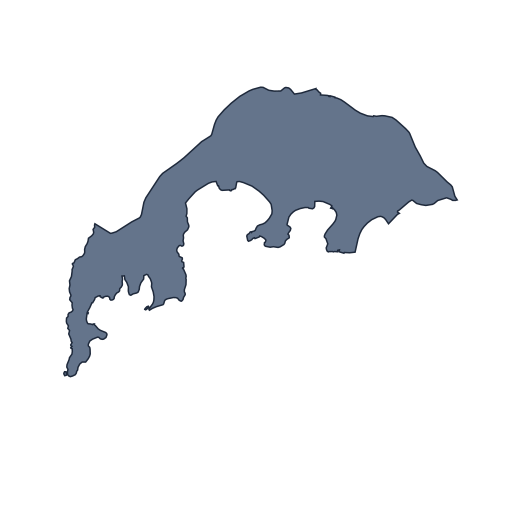 Woollahra, Australia (Natural Earth projection), rotated 200°
{"feature_id": "25037944B50824863548632", "entity_name": "Woollahra", "entity_type": "district", "adm_level": 2, "iso_a3": "AUS", "parent_name": "Australia", "parent_adm1": "", "projection": "natural_earth1", "projection_center": [151.265, -33.862], "detail": "fine", "context": "isolated", "style": "filled", "palette": "slate", "viewbox_px": 512, "rotation_deg": 200, "n_neighbors": 0, "source": "geoboundaries", "source_scale": "gbopen_adm2", "svg_char_len": 6138}
<svg xmlns="http://www.w3.org/2000/svg" viewBox="0 0 512 512"><g transform="rotate(200 256 256)"><path d="M193.4,428.0L193.6,427.1L199.2,425.8L206.9,425.9L212.6,427.0L225.5,430.9L229.7,431.9L233.8,432.1L236.1,431.8L236.2,432.3L241.0,431.9L240.9,431.1L242.0,430.9L242.1,431.5L243.9,431.3L250.5,429.4L250.9,431.0L253.2,431.7L255.4,433.0L256.6,433.1L256.9,433.9L269.1,424.7L275.3,421.3L280.5,424.4L282.7,425.1L285.6,424.6L286.7,423.7L289.2,419.5L295.2,417.2L300.7,416.1L307.0,416.9L309.4,416.2L316.0,411.5L319.0,408.7L325.8,400.5L331.5,391.2L335.8,382.6L339.2,373.9L339.9,370.0L340.0,365.4L339.2,355.1L339.6,353.4L346.2,344.9L357.3,323.6L361.9,316.2L372.0,301.7L373.6,297.8L379.4,273.1L379.7,268.2L377.8,255.8L378.1,252.8L378.7,251.8L384.4,245.6L395.6,231.0L399.2,228.2L400.5,227.5L418.4,231.2L418.3,229.8L417.4,227.8L418.2,225.3L416.6,222.7L416.5,221.8L416.5,220.8L417.4,218.6L419.5,215.4L418.9,212.4L418.9,209.9L419.6,206.4L419.3,203.6L418.3,201.1L418.1,199.9L418.7,197.2L419.5,195.8L421.5,194.6L422.8,192.5L424.5,190.7L424.7,187.3L425.8,186.3L425.9,185.7L424.6,184.6L424.0,183.6L424.2,180.4L423.6,178.9L422.4,173.6L422.8,168.9L420.9,165.1L420.4,161.5L418.9,158.5L416.5,155.9L416.3,154.7L416.6,153.5L416.1,151.2L412.7,149.2L412.1,146.9L410.7,144.2L409.6,143.1L409.6,141.7L410.4,140.2L412.2,138.6L412.6,136.8L411.9,134.9L412.8,132.9L411.9,129.8L411.0,128.2L408.4,126.2L408.1,123.6L405.7,122.2L405.3,118.7L401.5,114.6L400.5,112.7L399.2,111.8L399.7,109.1L399.3,108.5L398.0,108.2L398.7,106.4L398.2,106.0L397.0,106.0L395.9,103.3L395.4,100.8L396.5,96.7L396.2,94.9L396.4,89.2L395.8,86.9L393.9,85.1L393.6,82.8L392.4,80.0L390.7,79.2L389.2,79.1L387.3,80.5L385.2,82.7L384.8,84.6L385.1,86.2L384.6,87.8L385.2,90.4L384.7,94.1L383.1,96.9L379.8,98.1L378.5,102.1L378.1,105.1L378.3,107.3L380.1,111.8L381.0,113.3L382.6,114.0L383.1,114.8L383.4,115.9L383.1,119.2L381.2,121.9L377.1,125.6L375.9,125.8L373.9,124.9L372.0,125.1L370.7,125.8L369.1,128.1L369.1,131.0L369.8,132.1L371.1,132.7L376.7,132.9L379.3,133.5L383.2,135.7L384.5,136.1L384.6,136.9L385.8,136.4L386.2,135.6L388.0,135.6L390.6,134.9L391.4,135.3L392.9,136.9L393.9,138.7L395.1,144.2L394.1,144.4L394.2,145.2L395.2,145.0L395.3,145.6L394.5,150.8L394.2,155.9L393.5,156.2L392.8,159.9L392.9,161.9L390.8,164.2L389.5,165.2L388.9,165.3L388.6,164.5L385.9,164.0L385.2,164.5L385.4,165.0L383.8,166.5L381.7,167.5L380.4,167.4L379.2,166.7L378.6,165.4L377.4,164.9L376.2,165.4L375.1,166.5L374.8,167.6L375.2,169.3L374.9,171.6L374.2,173.6L372.8,175.2L372.3,176.6L372.9,178.7L372.0,180.7L371.7,182.7L371.9,183.8L373.1,186.4L373.5,188.7L375.1,191.3L372.9,192.3L371.1,189.0L368.5,187.1L365.4,183.5L364.0,179.4L363.1,178.0L361.8,176.4L360.2,176.3L358.5,178.4L355.4,180.5L354.4,181.8L354.3,184.7L355.0,187.4L355.0,191.5L353.7,195.9L354.7,199.2L352.6,201.3L351.2,201.3L349.9,200.0L347.7,198.6L345.4,195.9L344.6,194.6L343.7,191.3L340.3,187.1L337.9,182.9L336.9,179.7L336.6,177.5L336.8,175.4L338.3,170.4L338.3,169.1L337.6,168.6L335.4,171.4L332.3,174.3L326.8,178.4L326.4,179.4L326.6,183.0L325.7,184.5L324.3,185.7L319.5,188.7L317.0,189.5L315.2,189.5L313.0,188.1L310.9,187.9L310.4,188.3L309.7,190.1L309.9,192.4L309.3,195.4L309.9,196.8L311.0,197.7L311.8,199.8L312.0,205.1L313.6,210.0L314.3,211.0L314.7,213.1L315.5,214.5L319.4,218.6L320.8,219.3L320.9,219.8L320.0,220.3L320.0,221.3L321.8,225.2L323.6,225.3L324.2,225.9L324.1,228.0L324.8,229.1L327.8,229.3L328.4,229.8L329.1,231.3L331.7,233.0L332.6,234.5L332.7,236.8L331.7,239.5L330.7,240.1L329.0,239.9L328.1,240.7L327.8,241.5L328.0,242.8L329.7,245.3L330.3,248.3L331.4,250.5L331.6,251.9L331.1,254.0L329.3,257.2L329.1,260.5L329.7,261.9L332.1,264.6L333.6,268.4L335.3,269.5L335.5,272.3L337.1,276.8L340.4,281.7L338.6,287.0L335.1,295.5L333.6,297.9L325.6,308.0L322.6,310.6L319.0,312.4L316.0,308.9L315.3,309.2L313.6,307.0L311.8,306.1L310.3,306.1L303.4,309.1L303.2,308.6L301.9,308.6L301.4,309.2L301.4,310.1L300.1,310.8L299.1,312.1L298.7,312.0L298.4,313.1L299.3,318.4L299.2,319.4L296.9,320.4L292.9,320.7L283.6,320.3L275.3,318.0L269.5,315.7L261.6,311.4L259.4,309.7L256.3,304.1L255.5,301.0L256.4,296.0L257.5,293.0L258.9,290.2L260.8,288.2L263.1,286.6L264.9,284.7L265.4,282.3L265.5,279.8L266.3,278.8L268.1,277.5L268.2,276.6L269.1,277.0L269.7,276.5L270.1,274.8L271.4,273.1L271.5,271.6L269.2,267.9L268.1,267.3L266.4,268.7L265.5,270.0L265.0,271.4L263.7,272.6L262.9,272.0L259.5,275.0L259.3,276.1L257.3,276.1L254.4,275.5L252.3,274.5L252.0,273.8L252.0,272.6L252.1,271.9L252.6,271.5L252.1,269.4L251.4,268.7L250.3,268.4L245.7,269.1L242.8,270.7L238.2,271.6L236.5,272.8L233.7,276.3L233.3,277.6L233.5,280.3L232.5,282.5L231.1,284.2L231.1,284.9L232.1,286.8L233.5,287.5L233.3,289.1L232.5,291.7L232.7,293.8L233.8,294.8L237.2,295.7L237.6,296.2L238.4,303.8L237.5,307.3L236.0,310.3L234.5,312.4L230.7,315.7L226.6,318.3L223.5,319.4L222.6,319.0L219.0,319.7L218.0,321.1L217.8,322.6L219.4,327.4L215.6,329.1L211.6,330.1L203.9,329.7L201.8,329.0L202.2,326.5L201.4,326.6L201.1,327.6L200.8,327.5L200.9,326.9L200.0,326.6L199.8,327.1L197.9,326.2L195.5,324.4L194.0,322.0L193.5,317.6L193.7,315.6L194.7,312.3L197.6,304.9L198.6,300.4L198.6,298.2L198.2,297.2L196.2,296.2L192.7,292.0L192.8,287.6L191.9,286.1L190.6,284.8L189.4,284.6L188.9,285.1L185.6,286.4L184.8,286.3L183.7,287.1L181.0,287.8L181.2,289.3L179.7,290.3L179.5,288.4L174.3,288.7L174.2,289.5L169.0,291.1L164.2,293.5L166.0,307.1L166.1,312.5L165.6,317.0L164.5,320.7L162.6,325.1L160.5,328.4L159.7,329.7L154.9,334.6L152.4,335.9L150.7,336.0L148.6,335.6L146.5,334.5L142.5,331.6L137.3,343.5L135.9,345.1L138.0,345.6L138.3,346.7L137.2,348.0L131.0,359.0L128.8,361.8L127.7,361.9L123.1,360.3L118.4,360.7L113.7,361.6L107.8,364.9L106.5,366.3L104.2,370.3L96.8,375.9L92.2,375.9L90.3,375.5L87.7,376.4L86.1,377.5L89.6,380.2L95.2,388.1L97.3,389.4L101.6,390.9L114.0,396.6L116.7,397.4L126.1,398.6L130.1,400.6L135.9,406.2L143.6,412.8L153.5,423.7L154.6,424.6L158.9,426.8L171.0,431.7L175.5,432.8L182.8,431.8L185.6,431.0L190.7,428.4L193.4,428.0ZM394.9,82.2L396.3,81.8L396.5,80.1L396.0,79.2L394.8,78.1L393.5,79.0L393.3,79.5L394.5,82.0L394.9,82.2ZM340.0,172.0L341.2,171.0L342.3,168.5L342.3,167.8L341.2,167.7L340.0,169.5L339.4,171.5L340.0,172.0Z" fill="#64748b" stroke="#1e293b" stroke-width="1.5"/></g></svg>